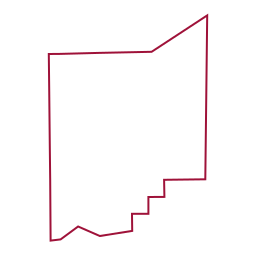 outline of Jennings, Indiana, United States of America
{"feature_id": "52423323B17963948858786", "entity_name": "Jennings", "entity_type": "district", "adm_level": 2, "iso_a3": "USA", "parent_name": "United States of America", "parent_adm1": "Indiana", "projection": "equal_earth", "projection_center": [-85.64, 39.002], "detail": "fine", "context": "isolated", "style": "outline", "palette": "rose", "viewbox_px": 256, "rotation_deg": 0, "n_neighbors": 0, "source": "geoboundaries", "source_scale": "gbopen_adm2", "svg_char_len": 362}
<svg xmlns="http://www.w3.org/2000/svg" viewBox="0 0 256 256"><path d="M207.2,15.4L151.6,51.8L98.6,52.9L60.0,53.9L48.8,54.0L49.2,89.0L49.8,146.4L50.2,180.5L50.6,240.6L60.6,239.4L78.1,226.5L99.8,236.0L132.2,230.9L132.0,213.8L148.4,213.8L148.4,197.0L164.4,196.9L164.1,179.8L197.1,179.4L205.3,179.3L207.2,15.4Z" fill="none" stroke="#9f1239" stroke-width="2"/></svg>